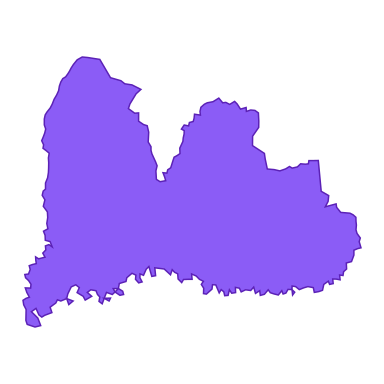 Condor, Rio Grande do Sul, Brazil (Mercator projection)
{"feature_id": "56859067B96691975921638", "entity_name": "Condor", "entity_type": "district", "adm_level": 2, "iso_a3": "BRA", "parent_name": "Brazil", "parent_adm1": "Rio Grande do Sul", "projection": "mercator", "projection_center": [-53.503, -28.156], "detail": "fine", "context": "isolated", "style": "filled", "palette": "violet", "viewbox_px": 384, "rotation_deg": 0, "n_neighbors": 0, "source": "geoboundaries", "source_scale": "gbopen_adm2", "svg_char_len": 3845}
<svg xmlns="http://www.w3.org/2000/svg" viewBox="0 0 384 384"><path d="M26.1,309.5L25.9,320.5L27.2,324.4L35.0,327.0L40.7,325.6L37.8,318.0L31.4,311.7L36.0,308.4L38.9,314.9L41.8,317.1L44.7,315.3L51.9,312.6L50.1,307.2L55.8,303.0L57.4,299.8L60.8,301.0L66.7,298.6L67.8,293.9L71.2,286.9L75.8,284.8L79.3,287.6L77.1,292.6L83.2,296.3L85.2,300.1L91.7,296.3L87.3,292.4L90.8,289.8L96.0,290.7L97.5,294.5L99.8,297.0L99.0,301.4L102.2,303.8L104.2,298.3L106.5,292.4L109.3,293.4L112.3,294.5L115.0,292.0L113.2,288.6L118.4,288.5L119.3,283.5L126.0,281.5L126.8,277.7L132.0,273.3L135.9,275.1L135.5,279.3L138.7,282.9L142.1,281.9L139.9,277.7L140.0,273.9L143.5,275.3L146.2,269.2L148.9,266.5L151.8,276.4L155.6,275.7L154.8,267.8L164.2,269.0L170.5,274.8L172.2,269.7L174.6,272.3L177.7,273.8L178.1,279.0L181.7,282.6L183.5,279.5L188.0,279.3L192.1,279.3L191.6,274.0L196.2,276.0L199.4,279.3L203.4,281.3L201.3,284.4L203.7,288.2L203.5,293.6L206.4,294.1L212.0,289.1L212.5,284.7L215.8,284.9L219.2,292.9L221.2,289.6L223.8,291.8L224.7,295.7L228.1,295.4L229.4,289.8L231.7,293.2L235.6,292.6L235.4,287.4L239.4,288.2L241.2,291.9L245.6,289.8L250.7,290.5L253.7,287.1L255.5,293.4L259.7,290.7L260.3,295.4L264.4,294.3L268.2,289.8L270.3,292.7L273.9,293.9L278.3,295.0L281.8,290.7L283.1,294.0L285.9,293.1L288.0,289.4L292.0,289.6L292.1,286.0L295.6,286.6L299.3,289.6L303.8,287.8L307.9,286.6L313.3,287.6L314.3,292.4L318.8,291.6L322.5,290.3L323.8,284.4L328.3,281.2L329.6,284.4L333.2,283.6L332.7,279.0L336.3,279.1L340.1,279.8L339.6,275.0L343.0,275.5L343.6,271.7L346.6,269.0L346.3,263.0L351.5,261.6L353.9,255.1L353.9,250.2L357.7,248.6L361.0,247.8L359.2,241.7L360.3,238.0L357.0,233.4L356.0,229.8L356.4,225.1L356.0,221.5L355.9,217.3L353.1,214.8L350.0,213.2L340.7,212.4L336.6,207.3L336.1,203.9L325.3,206.8L328.1,201.4L328.7,195.6L321.2,191.3L318.3,160.5L313.5,160.6L308.9,160.6L308.4,163.8L305.5,164.2L300.6,163.8L297.4,166.9L292.2,168.1L289.5,166.5L285.6,168.9L279.8,170.9L274.2,169.6L267.3,169.0L265.2,159.0L264.4,153.4L252.5,145.6L252.6,136.2L258.7,127.4L258.8,121.1L258.4,112.9L254.9,110.4L250.7,110.0L246.4,111.4L246.1,107.5L240.5,109.1L237.1,103.9L234.6,101.4L229.7,104.4L225.8,102.4L222.7,102.8L218.8,98.1L213.0,101.7L207.2,102.8L204.4,104.2L200.9,107.3L200.0,111.4L200.4,115.1L194.5,114.2L194.1,118.2L193.2,121.5L189.4,122.5L188.6,125.9L184.2,125.0L181.4,129.1L184.2,130.6L184.1,134.0L183.2,138.0L182.9,141.4L179.8,148.1L180.0,153.6L177.2,155.5L174.1,157.2L173.0,160.5L171.7,164.7L170.7,167.8L167.7,169.8L166.9,173.1L163.0,172.7L164.7,177.2L165.7,180.7L160.1,181.7L156.4,179.4L155.9,170.9L157.1,165.8L155.6,161.9L151.9,153.8L151.0,150.3L151.0,146.7L148.2,142.0L148.7,132.2L147.2,125.7L143.6,124.6L138.6,121.2L138.6,112.9L134.7,113.2L128.4,108.6L129.9,104.0L136.1,93.8L140.9,89.4L132.0,84.9L124.8,83.8L120.9,80.7L110.5,77.7L99.8,59.4L87.6,57.5L82.2,57.0L77.2,59.8L73.4,64.5L71.1,68.1L69.6,71.0L67.8,73.9L65.6,76.9L62.8,78.6L60.8,82.0L59.4,86.0L58.6,90.7L56.7,94.9L54.1,99.3L52.2,104.2L50.2,108.0L47.0,112.0L45.2,114.9L44.3,119.0L44.3,124.9L45.7,129.0L44.7,133.1L43.2,137.1L41.7,140.7L43.6,144.8L43.0,148.3L46.1,150.6L49.2,153.2L48.4,157.9L48.7,162.7L48.6,168.1L48.4,172.6L47.6,177.8L45.5,183.0L45.5,189.1L43.2,191.1L42.2,195.3L44.9,199.8L43.3,206.3L47.4,211.9L47.7,217.6L46.8,223.5L47.9,228.8L43.5,231.2L45.1,235.4L45.3,240.3L50.1,241.6L52.2,246.9L48.9,244.6L45.4,245.9L45.8,249.9L42.8,253.1L45.0,257.2L38.6,258.8L35.6,256.9L35.8,260.3L36.3,263.6L32.5,264.5L29.2,265.7L30.2,269.5L28.5,274.0L24.8,274.5L25.6,277.8L28.6,280.6L31.0,284.3L30.6,288.1L25.3,287.9L26.8,292.4L29.4,297.2L26.1,298.3L23.0,300.3L23.7,304.8L26.1,309.5ZM115.0,292.0L119.9,295.3L123.6,294.5L122.7,291.2L118.4,288.5L115.0,292.0ZM66.7,298.6L68.8,304.6L73.1,301.0L66.7,298.6ZM104.2,298.3L109.1,301.0L110.5,298.1L104.2,298.3ZM292.0,289.6L292.6,295.0L294.7,292.2L292.0,289.6Z" fill="#8b5cf6" stroke="#5b21b6" stroke-width="1.5"/></svg>